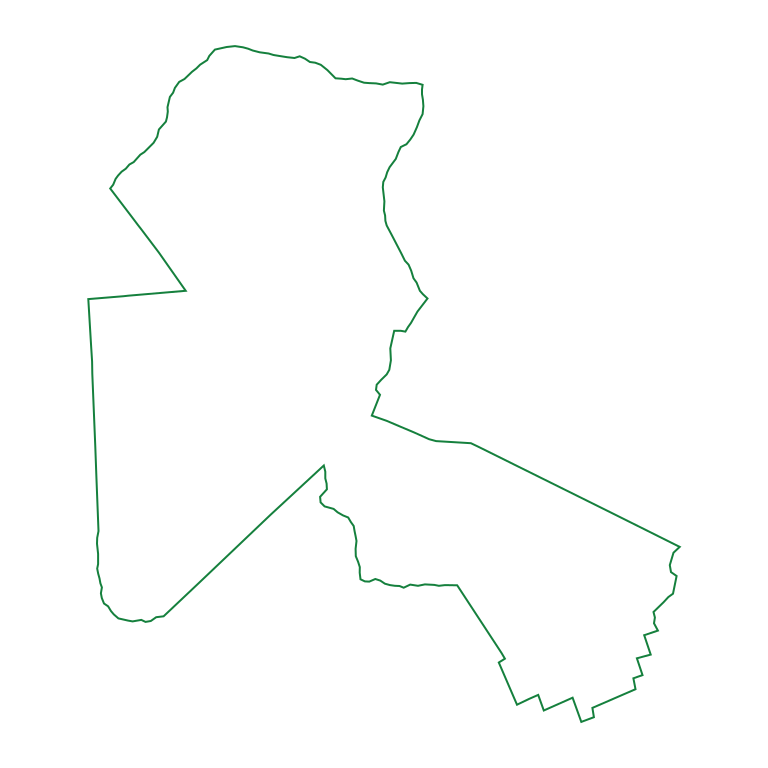 Castanhal, Pará, Brazil (orthographic projection)
{"feature_id": "56859067B13646030558051", "entity_name": "Castanhal", "entity_type": "district", "adm_level": 2, "iso_a3": "BRA", "parent_name": "Brazil", "parent_adm1": "Pará", "projection": "orthographic", "projection_center": [-47.869, -1.265], "detail": "fine", "context": "isolated", "style": "outline", "palette": "green", "viewbox_px": 768, "rotation_deg": 0, "n_neighbors": 0, "source": "geoboundaries", "source_scale": "gbopen_adm2", "svg_char_len": 2778}
<svg xmlns="http://www.w3.org/2000/svg" viewBox="0 0 768 768"><path d="M422.6,84.8L416.2,82.9L409.2,83.1L402.2,83.6L396.1,82.9L389.8,82.2L382.8,84.6L376.1,83.4L369.3,83.1L364.0,82.7L357.7,80.6L352.2,78.5L345.7,79.2L341.3,78.7L335.5,78.3L327.4,70.1L320.8,64.8L315.2,62.7L309.9,62.0L305.0,58.7L299.7,56.3L294.5,58.0L287.1,57.2L280.2,56.1L273.5,55.0L268.6,53.5L259.7,52.3L252.7,50.5L248.1,48.7L243.0,47.3L235.0,46.1L226.7,47.0L214.9,49.6L209.3,55.9L207.2,60.1L200.1,64.7L196.4,68.4L192.0,71.8L184.5,79.0L179.2,81.9L174.9,87.9L173.1,92.7L169.9,96.9L167.5,107.2L167.8,111.6L167.0,117.4L165.9,121.6L158.9,129.5L157.2,136.8L153.6,142.8L144.3,152.1L140.3,154.7L133.7,162.1L129.4,164.5L125.8,168.7L121.6,171.7L118.1,175.5L115.6,178.9L113.2,184.7L110.2,188.5L133.1,218.6L138.0,225.1L141.2,229.2L158.9,252.6L185.7,290.8L128.2,295.7L123.7,296.2L88.3,299.1L91.1,345.8L92.1,361.6L92.3,373.8L95.3,446.9L96.4,477.0L98.5,531.1L97.2,537.8L97.0,543.7L98.1,553.9L98.1,564.1L97.2,568.6L98.2,573.7L99.5,578.4L100.4,583.3L101.9,587.4L100.9,593.3L101.8,598.0L104.0,603.5L108.1,606.3L111.0,611.1L113.8,614.4L118.4,618.4L128.1,620.6L132.6,621.4L141.3,619.9L145.5,621.9L150.8,621.0L156.2,617.2L163.6,616.3L199.5,582.4L270.3,515.0L323.8,465.5L325.3,471.7L325.3,478.4L326.6,483.6L326.9,489.3L320.1,496.8L320.6,502.4L324.6,506.4L333.6,508.9L337.6,512.3L343.0,515.4L348.2,517.5L350.9,522.1L353.7,526.0L354.6,531.3L355.6,536.1L356.5,541.0L355.6,548.8L355.8,556.2L358.1,561.8L359.8,567.1L359.7,572.7L360.5,579.3L364.9,581.4L369.3,581.6L375.3,579.0L380.3,580.6L384.9,583.7L390.0,585.1L394.9,585.8L399.5,586.0L403.7,587.7L410.2,584.6L418.0,585.8L424.9,584.4L434.3,584.9L438.9,585.8L445.0,585.1L457.2,585.3L501.6,653.1L504.9,658.7L498.8,662.5L517.0,704.7L528.9,699.0L538.2,694.9L543.8,710.5L572.6,697.7L581.3,721.9L593.9,717.2L592.4,707.9L635.5,689.2L633.4,678.3L642.5,675.1L636.9,658.3L650.7,654.6L644.2,635.2L657.9,630.6L654.0,623.3L654.9,617.5L653.5,612.0L663.5,602.3L668.4,597.0L673.0,593.7L676.6,576.0L671.0,572.1L669.8,565.1L673.5,552.7L679.7,546.9L611.6,512.9L477.6,446.4L470.9,443.2L436.1,441.1L429.1,439.2L414.0,432.4L400.7,426.8L386.6,420.8L378.6,418.0L371.8,415.6L380.0,394.8L376.0,389.9L376.7,384.7L381.2,379.8L386.7,374.4L389.3,369.8L390.9,360.3L390.3,348.4L394.2,330.8L400.8,330.8L405.4,331.6L408.0,327.1L411.0,322.9L414.0,317.6L417.5,311.5L427.5,298.5L422.9,294.2L419.9,290.8L416.6,282.6L413.5,278.3L411.2,270.7L408.6,264.7L404.9,260.7L401.2,253.2L391.9,235.3L386.7,225.5L385.4,220.9L385.1,215.5L383.9,210.6L384.4,201.3L382.8,187.3L383.3,181.9L385.6,177.5L387.2,172.2L389.6,167.2L395.8,158.9L398.4,152.1L400.8,147.0L406.5,144.2L410.3,139.5L413.6,134.6L416.9,127.2L419.4,120.4L422.6,114.1L423.4,106.2L422.9,99.7L422.0,94.3L422.0,89.5L422.6,84.8Z" fill="none" stroke="#15803d" stroke-width="2"/></svg>